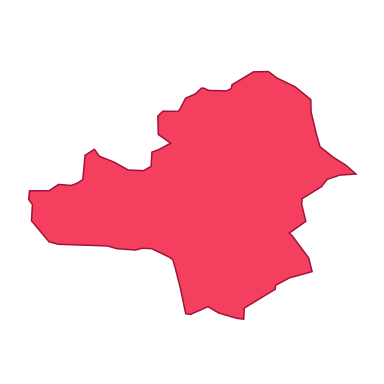 outline of Damagaram Takaya, Zinder, Niger, rotated 93°
{"feature_id": "23599985B91194911882215", "entity_name": "Damagaram Takaya", "entity_type": "district", "adm_level": 2, "iso_a3": "NER", "parent_name": "Niger", "parent_adm1": "Zinder", "projection": "equal_earth", "projection_center": [9.461, 14.063], "detail": "fine", "context": "isolated", "style": "filled", "palette": "rose", "viewbox_px": 384, "rotation_deg": 93, "n_neighbors": 0, "source": "geoboundaries", "source_scale": "gbopen_adm2", "svg_char_len": 1038}
<svg xmlns="http://www.w3.org/2000/svg" viewBox="0 0 384 384"><g transform="rotate(93 192 192)"><path d="M118.0,230.1L136.3,228.7L144.4,215.9L151.2,227.1L154.3,234.1L168.6,234.2L173.2,241.6L173.4,256.9L166.3,271.2L161.2,286.3L154.5,291.7L160.9,300.7L185.3,301.7L189.4,307.4L191.8,313.2L191.4,325.7L198.2,334.8L199.3,354.3L208.0,354.7L212.9,350.7L229.1,350.8L249.2,332.2L251.2,322.9L250.3,273.4L252.5,264.4L252.9,245.4L250.8,238.8L250.7,229.4L258.2,211.3L260.7,207.6L269.3,204.6L288.2,198.7L313.9,191.9L314.3,187.0L305.7,170.1L311.5,158.8L315.8,140.7L316.3,133.7L305.2,133.7L284.7,103.8L280.8,103.6L272.7,90.3L265.2,67.9L251.8,72.0L230.5,89.6L228.0,92.8L215.3,76.8L198.7,81.8L192.9,81.7L179.9,63.0L172.3,57.6L167.4,45.4L165.5,29.3L157.4,39.4L149.9,52.7L140.1,66.5L128.7,70.5L105.7,77.3L93.5,78.2L81.5,94.6L73.6,113.4L67.7,121.9L68.8,136.9L82.7,157.6L86.8,158.3L89.2,162.9L89.7,180.4L87.7,185.8L87.8,188.0L94.0,193.9L98.5,203.2L110.2,208.5L112.2,210.4L112.8,225.3L118.0,230.1Z" fill="#f43f5e" stroke="#9f1239" stroke-width="1.5"/></g></svg>